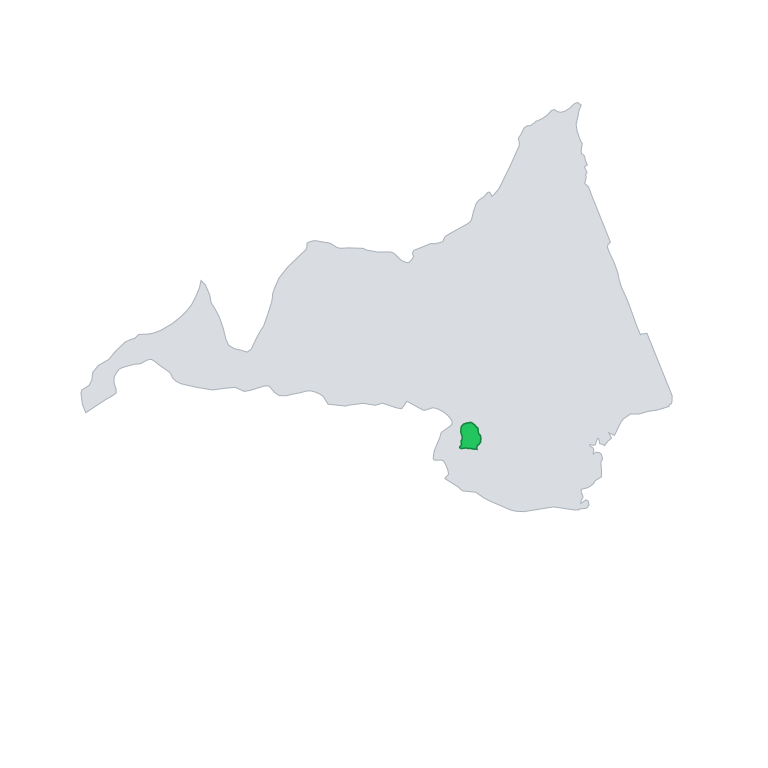 Bui, Nord-Ouest, Cameroon shown in context, rotated 248°
{"feature_id": "32672807B1542757875740", "entity_name": "Bui", "entity_type": "district", "adm_level": 2, "iso_a3": "CMR", "parent_name": "Cameroon", "parent_adm1": "Nord-Ouest", "projection": "mercator", "projection_center": [10.721, 6.252], "detail": "fine", "context": "in_parent", "style": "filled", "palette": "green", "viewbox_px": 768, "rotation_deg": 248, "n_neighbors": 0, "source": "geoboundaries", "source_scale": "gbopen_adm2", "svg_char_len": 4526}
<svg xmlns="http://www.w3.org/2000/svg" viewBox="0 0 768 768"><g transform="rotate(248 384 384)"><path d="M194.3,517.4L195.7,513.6L206.5,495.3L213.2,466.0L216.3,459.2L219.4,454.6L235.1,439.0L240.9,434.0L249.4,428.4L255.4,416.9L257.4,415.7L260.1,414.7L273.5,405.0L274.7,406.9L275.6,409.2L276.6,410.3L281.0,411.0L287.0,411.0L290.4,410.3L292.2,408.3L294.1,403.0L295.2,401.9L296.6,401.7L303.1,405.4L313.9,416.1L316.7,417.9L317.9,420.0L320.2,429.7L321.5,432.1L323.9,433.1L328.1,432.4L332.4,430.7L336.3,428.3L340.1,425.1L342.6,422.2L343.8,420.0L344.3,412.1L345.2,410.4L359.2,399.0L358.9,397.9L356.6,394.7L354.5,391.1L356.6,387.5L358.8,384.7L366.9,375.2L367.4,368.2L373.9,357.4L377.7,343.0L377.8,340.3L386.3,324.5L395.2,323.0L398.6,320.8L402.6,316.9L405.2,313.3L406.4,309.8L407.3,303.1L408.8,295.4L409.8,288.7L412.5,282.5L417.0,279.4L424.8,276.8L425.9,275.5L427.1,271.4L428.2,257.7L429.5,251.6L436.7,244.8L439.9,234.0L442.7,222.8L451.0,209.2L460.5,195.6L465.0,191.9L468.8,190.3L473.1,190.1L476.0,189.1L486.4,182.3L490.7,180.0L493.9,177.7L494.6,175.6L494.9,172.6L494.0,165.6L495.7,160.5L496.8,152.5L497.2,146.2L496.9,144.1L494.9,140.5L491.8,136.6L486.7,134.2L479.5,133.6L475.8,132.2L474.4,125.0L473.9,120.5L469.1,96.7L478.1,96.7L489.0,99.6L491.7,101.7L493.1,109.9L497.0,114.5L503.9,118.3L508.2,126.2L509.9,138.0L513.7,145.1L514.5,146.3L519.9,159.7L520.2,165.8L519.7,170.0L521.9,175.2L518.6,184.0L517.6,189.4L517.3,196.9L519.3,210.3L522.4,220.6L525.9,228.9L529.6,235.3L535.8,242.5L542.4,249.0L548.5,253.1L542.8,255.5L531.8,255.8L525.5,254.4L522.4,254.3L519.4,255.2L507.6,256.4L495.8,255.8L484.8,254.2L478.1,254.5L472.9,258.4L468.7,264.4L464.8,269.1L466.2,274.3L469.1,277.2L474.8,283.5L479.9,289.6L482.5,293.8L492.7,302.8L502.5,310.8L507.2,313.6L508.9,314.2L514.2,318.8L521.6,326.4L528.4,338.3L537.9,362.0L540.0,363.9L543.3,365.2L543.7,367.7L543.4,371.4L542.4,374.4L534.7,386.8L528.1,391.6L526.1,394.5L523.7,401.6L517.5,415.7L515.0,417.6L508.9,427.2L504.1,439.2L502.8,441.0L500.8,442.5L493.8,445.5L491.5,446.9L487.9,450.7L487.4,453.1L489.1,456.5L491.0,459.2L494.7,459.3L496.7,461.8L496.7,480.4L495.0,483.2L495.1,484.4L494.3,487.6L494.0,491.2L494.5,492.6L496.0,493.7L497.9,496.2L498.9,501.9L501.3,521.9L502.4,525.1L504.4,527.3L510.5,531.6L517.0,537.3L519.0,541.0L520.2,547.0L522.7,551.8L522.6,553.4L521.6,554.0L517.6,554.4L518.9,557.9L522.2,563.9L538.7,582.4L554.5,598.9L558.2,600.1L561.0,600.4L562.2,601.4L563.6,603.8L568.9,609.8L569.8,613.3L568.7,616.6L569.9,621.7L570.8,623.6L570.5,625.3L571.0,631.5L572.5,637.0L574.9,641.7L574.5,645.0L571.5,646.8L569.7,649.8L569.2,654.1L570.1,659.3L572.5,665.4L572.5,668.9L568.7,671.3L564.5,667.2L559.8,664.3L552.8,659.4L545.8,657.7L536.7,657.3L532.7,657.9L526.0,654.0L523.8,653.4L520.8,655.1L518.7,655.1L516.1,654.5L511.0,654.6L510.5,651.7L509.6,651.2L504.0,651.4L502.3,649.1L501.5,649.3L499.3,648.6L494.8,645.2L490.1,647.5L480.2,647.2L430.7,647.1L429.5,644.0L427.0,642.4L422.6,642.2L409.4,642.9L399.3,642.4L392.6,641.1L384.2,640.4L373.8,641.0L363.1,640.9L344.1,640.1L333.6,640.2L333.9,642.1L333.2,643.5L332.6,646.8L265.3,646.8L259.9,644.5L258.2,643.1L257.7,640.3L256.4,640.0L257.4,628.2L259.7,618.5L260.6,609.4L263.8,601.3L262.1,593.3L260.2,589.7L250.0,578.4L254.6,574.1L248.5,574.7L247.2,570.4L244.2,565.3L246.0,564.5L247.8,561.7L253.3,562.6L253.2,561.2L248.4,557.0L248.8,554.8L250.8,552.4L249.8,551.4L246.4,553.9L243.9,553.8L242.0,552.2L240.6,551.9L241.4,555.2L239.5,558.1L237.7,559.1L234.5,559.0L232.0,558.2L231.3,556.6L228.9,555.3L222.1,553.2L216.4,550.7L215.3,543.7L213.0,540.7L212.1,537.3L211.6,533.5L212.4,527.5L210.9,526.6L209.3,526.3L206.8,526.5L204.6,526.2L201.9,522.9L199.5,521.7L201.0,527.7L199.3,529.4L195.2,528.9L193.5,526.6L193.1,524.9L195.0,517.6L194.3,517.4Z" fill="#d9dde1" stroke="#a8b0b8" stroke-width="1"/><path d="M288.6,445.8L289.9,445.9L291.7,447.3L292.2,448.6L292.6,449.8L294.1,452.0L296.2,452.6L296.2,452.9L296.6,453.1L296.9,453.4L300.1,454.1L300.4,454.1L300.6,454.1L300.8,453.8L301.6,453.3L303.3,453.3L305.1,453.7L307.2,454.4L308.3,454.5L309.3,453.6L309.5,453.6L311.9,452.9L312.9,452.3L314.5,451.3L315.2,450.9L316.1,449.8L316.3,447.4L316.9,446.6L316.9,445.8L316.7,444.4L317.2,443.5L315.9,440.3L315.4,439.7L314.0,438.8L311.1,437.3L308.1,436.9L307.2,436.9L306.6,437.0L304.3,436.2L303.2,435.3L303.0,435.1L302.4,434.2L300.8,433.6L300.6,433.6L299.0,433.3L298.9,433.1L297.8,432.1L297.5,430.8L296.5,430.3L295.0,431.6L294.9,432.5L293.9,436.3L292.6,437.8L292.2,439.6L290.2,442.4L289.3,444.6L289.2,445.0L288.6,445.8Z" fill="#22c55e" stroke="#15803d" stroke-width="1.5"/></g></svg>